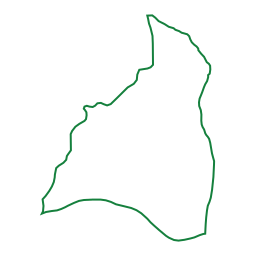 Lèbombi-Leyou, Haut-Ogooué, Gabon (orthographic projection)
{"feature_id": "22940354B21970441224980", "entity_name": "Lèbombi-Leyou", "entity_type": "district", "adm_level": 2, "iso_a3": "GAB", "parent_name": "Gabon", "parent_adm1": "Haut-Ogooué", "projection": "orthographic", "projection_center": [13.158, -1.435], "detail": "fine", "context": "isolated", "style": "outline", "palette": "green", "viewbox_px": 256, "rotation_deg": 0, "n_neighbors": 0, "source": "geoboundaries", "source_scale": "gbopen_adm2", "svg_char_len": 1784}
<svg xmlns="http://www.w3.org/2000/svg" viewBox="0 0 256 256"><path d="M42.6,199.3L43.5,205.9L43.0,211.4L41.9,213.6L46.0,212.0L51.9,211.0L57.0,210.4L61.2,209.0L65.0,207.3L68.0,205.7L74.0,202.9L79.0,200.9L83.9,200.0L92.6,199.6L100.6,199.6L105.8,200.3L110.9,201.9L116.0,204.3L123.9,206.2L131.2,208.0L136.5,210.2L141.3,213.3L147.3,218.7L150.5,222.3L154.2,225.7L159.3,230.2L166.0,235.8L168.9,237.7L174.0,240.0L178.5,240.6L184.4,239.8L190.3,238.5L194.4,237.4L199.8,235.1L203.2,234.0L205.2,233.7L205.7,223.9L206.2,217.4L207.0,210.4L207.8,205.8L209.5,201.8L210.8,197.6L212.1,189.6L213.4,177.0L214.0,164.8L214.1,161.1L213.2,157.9L212.0,153.4L210.2,142.8L209.1,138.8L207.8,136.8L206.4,135.2L205.3,133.4L204.1,129.5L202.6,127.0L201.7,124.5L201.3,120.7L201.4,114.5L200.8,110.2L199.2,106.0L199.0,102.3L199.6,98.6L200.8,95.7L202.2,92.2L203.9,87.4L205.2,84.3L207.1,81.1L208.2,77.1L208.1,75.1L209.7,73.7L210.3,69.5L210.1,65.7L208.9,63.8L206.8,62.2L205.5,59.7L204.1,56.9L201.2,53.8L198.4,50.3L198.2,48.5L196.6,46.5L194.2,44.7L191.8,42.3L190.3,39.4L189.2,36.2L187.3,34.3L184.9,33.6L181.6,32.7L180.2,31.8L179.1,31.1L175.4,29.8L173.6,28.2L168.8,26.8L164.6,24.1L158.6,21.1L155.3,17.7L152.3,15.4L147.3,15.6L148.1,18.8L149.0,23.5L150.5,27.7L152.5,35.9L152.8,43.6L153.0,64.8L150.6,67.3L147.5,68.5L139.3,69.8L137.3,74.6L136.8,79.9L133.8,83.8L127.7,87.4L116.9,98.1L110.7,104.1L107.1,105.4L103.7,104.2L100.9,102.9L97.4,103.3L95.1,105.7L92.7,107.0L89.5,106.6L86.8,105.8L84.5,106.6L83.8,108.7L85.0,110.1L86.4,112.3L86.6,115.3L86.0,119.1L84.5,120.9L81.9,122.4L79.3,123.9L75.4,126.7L72.1,131.0L70.7,134.1L70.9,150.3L68.4,153.8L66.9,156.0L66.2,159.8L63.4,162.8L58.8,165.7L56.2,168.1L54.9,174.6L54.7,177.4L53.8,182.0L51.9,186.5L49.3,190.9L45.6,196.0L42.6,199.3Z" fill="none" stroke="#15803d" stroke-width="2"/></svg>